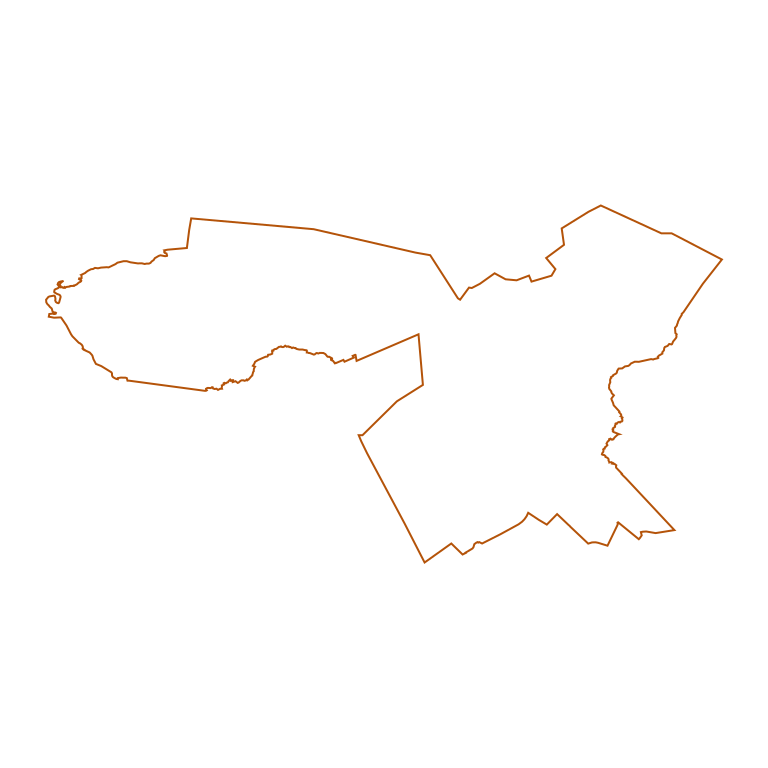 the district of Twenterand, Overijssel, Netherlands
{"feature_id": "6326949B38031413121416", "entity_name": "Twenterand", "entity_type": "district", "adm_level": 2, "iso_a3": "NLD", "parent_name": "Netherlands", "parent_adm1": "Overijssel", "projection": "natural_earth1", "projection_center": [6.573, 52.439], "detail": "fine", "context": "isolated", "style": "outline", "palette": "amber", "viewbox_px": 768, "rotation_deg": 0, "n_neighbors": 0, "source": "geoboundaries", "source_scale": "gbopen_adm2", "svg_char_len": 6012}
<svg xmlns="http://www.w3.org/2000/svg" viewBox="0 0 768 768"><path d="M674.4,530.1L625.8,478.2L622.9,475.4L621.6,474.0L621.9,473.7L616.1,467.6L616.0,466.6L616.3,465.3L614.8,464.1L612.6,463.7L613.2,463.1L612.6,462.7L611.8,462.8L611.3,462.2L609.3,462.5L609.3,461.9L608.5,460.5L608.6,459.3L608.1,458.4L606.7,457.4L605.5,457.0L605.4,456.0L604.3,455.1L602.3,454.7L601.9,454.3L602.3,453.1L603.3,451.8L603.5,450.0L603.2,449.4L603.8,448.7L604.7,448.6L605.1,447.1L605.9,446.7L607.4,445.1L606.5,443.6L607.7,441.5L609.3,440.2L609.1,439.2L610.3,438.7L610.5,439.1L611.8,439.2L612.1,439.7L612.7,439.3L613.4,439.3L614.3,437.8L615.7,436.4L618.0,434.4L619.1,434.2L613.3,431.9L612.7,431.0L613.3,430.1L612.6,429.2L613.2,428.7L613.3,427.9L614.9,427.1L615.1,426.5L614.9,425.8L615.2,425.2L615.6,424.5L615.4,423.9L615.6,423.5L616.0,423.4L616.8,423.7L617.3,422.9L618.4,422.1L620.0,422.4L620.2,421.8L621.8,421.5L622.4,420.8L622.2,418.8L621.9,418.5L622.5,417.5L621.0,416.5L621.3,416.4L621.1,415.8L621.3,415.2L620.9,414.2L619.1,412.2L619.4,411.5L613.7,405.3L613.0,402.8L611.5,399.4L611.4,398.6L613.9,395.3L611.9,393.4L611.3,392.1L611.3,391.4L609.3,388.9L609.0,387.6L609.2,386.6L609.1,385.1L610.3,382.2L610.1,380.8L610.2,379.5L610.7,378.3L611.2,377.9L611.0,377.1L612.9,376.0L613.1,375.2L616.1,373.5L616.8,372.7L617.2,370.8L618.6,368.6L622.2,368.4L625.0,366.4L628.3,365.9L629.5,365.1L630.9,363.5L634.8,361.7L638.9,361.8L651.1,359.1L653.2,359.5L654.0,359.1L657.9,358.2L658.3,357.9L657.8,356.8L658.9,355.6L662.4,353.6L662.3,352.3L663.9,350.4L664.3,347.9L664.9,347.0L667.6,345.9L669.2,344.0L671.6,344.4L672.1,344.0L673.1,341.5L674.9,339.4L676.1,337.8L676.5,336.7L676.3,335.3L676.7,334.3L675.4,333.1L675.0,327.9L676.9,325.6L677.1,324.3L677.6,323.4L678.1,321.4L679.7,318.2L681.8,314.8L681.7,313.9L683.4,312.3L702.9,283.7L721.9,259.5L671.6,233.3L661.3,233.3L600.8,205.5L588.5,211.8L561.7,228.4L564.0,244.8L546.2,258.0L555.4,269.1L551.5,275.7L531.5,281.6L529.0,275.6L516.6,280.3L505.6,279.3L494.6,273.3L479.9,283.8L471.8,288.0L469.0,287.6L460.1,299.7L457.9,298.3L430.2,255.2L415.5,252.6L313.7,229.2L191.2,218.4L189.2,229.9L186.9,248.0L167.6,249.7L164.5,250.3L165.0,250.8L164.3,251.4L164.2,252.1L164.8,252.9L166.5,253.5L167.1,255.6L167.0,255.9L165.1,256.2L160.5,255.3L158.7,255.9L154.8,258.2L153.7,260.0L151.5,261.6L150.5,262.9L148.9,263.6L146.5,263.6L144.7,264.0L141.8,263.3L137.8,263.4L130.4,262.3L126.8,261.2L123.5,261.2L117.4,262.7L115.5,264.1L108.6,267.4L106.8,267.2L101.0,267.6L98.0,268.3L95.0,267.9L93.0,269.0L91.1,269.2L88.1,270.7L86.2,272.0L85.3,272.9L81.2,274.9L81.5,275.1L81.6,278.2L81.2,278.5L79.2,278.4L79.0,279.1L81.2,280.4L81.3,280.7L81.1,281.2L80.4,281.8L78.6,282.7L76.9,284.3L75.0,285.3L74.1,285.4L74.0,285.9L70.2,286.0L69.8,286.5L66.1,287.0L65.3,287.7L64.6,287.1L64.1,287.9L63.1,287.8L62.7,287.2L60.7,287.3L60.7,286.1L59.7,285.4L59.8,284.5L60.8,282.8L62.8,281.3L62.7,281.1L60.3,281.6L58.8,282.2L57.9,283.3L57.9,284.0L57.6,284.5L59.0,286.3L59.1,287.1L57.9,288.2L55.2,289.3L54.5,290.0L54.2,291.8L54.3,292.3L56.8,293.8L59.6,294.9L60.4,296.0L60.6,296.7L60.5,297.4L59.1,302.5L58.7,303.0L58.3,303.2L57.0,302.8L55.8,301.9L55.2,300.3L55.5,299.0L55.1,296.9L54.9,296.2L54.1,295.6L49.6,296.4L48.4,296.9L46.1,299.7L46.3,302.3L46.8,303.2L47.6,304.4L48.5,305.1L49.8,306.8L51.7,308.5L52.6,311.6L53.7,312.3L55.6,312.6L56.0,312.9L55.7,313.7L54.8,314.0L53.7,314.0L52.7,313.6L49.3,314.0L48.8,316.7L54.1,317.7L60.4,317.4L61.1,317.6L66.5,325.5L71.0,334.2L72.4,336.3L78.8,342.8L79.8,343.2L81.7,344.7L82.7,346.3L82.8,347.4L83.3,349.0L83.9,349.4L83.3,349.4L83.6,349.7L89.7,352.5L91.8,354.8L92.4,355.7L93.5,359.3L95.9,363.9L101.3,366.1L111.4,372.3L112.0,373.4L112.0,375.1L112.4,376.4L113.0,377.1L114.4,378.0L116.4,379.0L117.8,379.2L117.8,378.1L120.8,377.6L125.5,377.7L126.8,378.1L127.5,380.7L129.2,380.7L204.7,390.8L205.9,390.8L206.8,390.3L206.1,389.4L206.0,388.8L207.1,388.1L207.9,387.9L210.8,388.1L212.0,387.2L212.7,387.3L213.0,388.4L214.6,389.0L216.5,388.7L218.0,389.9L220.1,388.8L222.0,388.7L221.7,387.7L222.1,385.8L221.9,385.4L224.0,384.5L223.6,383.3L224.3,382.8L225.8,383.3L227.0,382.5L227.9,382.3L228.5,381.2L230.2,379.5L230.5,379.8L230.2,380.4L230.5,380.9L231.6,380.9L232.3,380.2L233.1,380.2L233.1,380.5L232.6,381.2L232.7,382.1L235.5,381.2L237.7,382.9L238.7,382.5L240.3,381.0L241.6,380.3L243.6,380.3L243.9,380.6L244.7,380.8L246.2,380.2L246.8,380.3L246.7,379.6L246.9,379.4L247.5,379.8L248.4,379.7L251.5,376.1L252.3,375.5L252.3,374.7L252.7,373.9L253.0,372.3L253.8,371.1L253.7,370.4L253.9,368.9L254.6,367.2L255.0,366.7L252.9,365.8L254.3,363.8L255.1,361.8L258.1,360.0L264.0,357.4L265.7,356.7L267.0,356.7L267.7,356.3L268.1,354.8L270.4,354.5L272.2,353.7L272.3,352.0L272.0,351.1L272.2,350.5L273.4,350.6L273.6,349.8L274.8,349.1L276.4,348.9L278.9,346.9L280.1,346.8L281.0,346.4L281.9,347.0L283.0,347.1L283.9,346.8L285.2,345.7L286.7,346.7L287.3,346.4L288.2,346.6L288.7,346.4L289.3,347.1L290.4,347.0L292.0,348.1L293.1,347.5L294.8,348.1L295.6,348.0L296.1,348.7L296.8,349.0L299.1,349.5L302.5,349.5L304.9,350.1L305.9,350.1L306.8,350.5L306.8,352.3L307.1,352.2L308.3,352.9L310.0,353.1L313.8,354.6L314.7,354.4L315.9,353.4L316.8,353.0L318.3,353.5L319.8,352.9L323.4,353.0L325.4,354.1L327.3,356.5L328.1,356.9L329.0,356.7L331.9,358.2L332.1,358.5L332.1,358.9L331.0,359.1L331.1,360.0L333.2,361.0L334.8,363.3L335.7,362.9L335.9,363.1L343.4,359.9L344.5,361.7L353.8,357.6L352.7,355.9L355.2,354.8L355.5,354.9L356.6,360.9L418.5,334.3L422.9,384.9L396.9,401.3L362.5,435.2L358.7,435.2L361.2,441.2L367.1,453.3L404.7,523.7L424.6,562.5L451.3,543.5L462.6,554.5L465.8,552.9L465.6,552.6L472.5,548.5L473.5,547.1L474.3,544.2L476.4,542.6L477.6,542.1L478.2,542.6L479.2,542.1L482.1,543.5L500.3,534.3L518.6,524.3L522.1,521.7L524.5,519.2L526.6,516.2L528.2,512.8L538.9,519.9L546.8,524.6L557.1,514.1L568.9,525.3L569.5,525.7L570.2,526.6L588.2,543.6L592.1,542.4L595.6,542.3L598.1,542.8L607.5,545.7L617.4,525.2L617.8,523.9L617.5,522.7L618.1,522.3L638.8,539.2L639.9,538.0L641.7,535.4L640.9,532.1L642.9,531.7L646.3,531.5L655.6,533.1L674.4,530.1Z" fill="none" stroke="#b45309" stroke-width="2"/></svg>